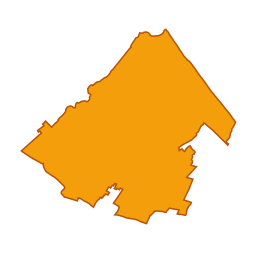 outline of Mihai Eminescu, Botosani, Romania, rotated 87°
{"feature_id": "2599482B56977001468724", "entity_name": "Mihai Eminescu", "entity_type": "district", "adm_level": 2, "iso_a3": "ROU", "parent_name": "Romania", "parent_adm1": "Botosani", "projection": "mercator", "projection_center": [26.565, 47.773], "detail": "fine", "context": "isolated", "style": "filled", "palette": "amber", "viewbox_px": 256, "rotation_deg": 87, "n_neighbors": 0, "source": "geoboundaries", "source_scale": "gbopen_adm2", "svg_char_len": 5661}
<svg xmlns="http://www.w3.org/2000/svg" viewBox="0 0 256 256"><g transform="rotate(87 128 128)"><path d="M195.8,179.8L196.0,179.1L197.8,176.7L200.2,172.6L200.4,172.4L201.2,171.0L201.6,170.6L203.4,168.9L205.3,166.7L202.4,164.9L201.7,164.7L200.8,164.0L199.0,162.4L198.2,161.6L197.5,160.5L197.3,160.3L196.1,159.7L195.9,159.2L196.7,158.3L196.0,157.9L196.4,157.0L194.0,155.7L194.3,154.8L192.6,153.9L193.9,151.5L191.4,149.9L189.6,152.8L185.9,150.4L187.0,148.5L185.1,147.2L184.5,146.5L185.0,145.7L182.7,144.1L183.3,142.6L184.7,143.4L184.9,143.1L187.7,144.9L188.2,144.2L188.8,142.8L187.6,142.0L189.2,139.7L187.7,138.7L189.0,136.4L198.9,143.7L201.1,145.6L202.4,146.5L202.8,146.0L203.2,145.1L204.2,143.7L206.0,141.1L206.5,141.1L207.2,141.2L209.0,141.8L209.6,142.2L211.5,143.2L211.7,143.4L211.7,143.5L211.8,143.5L211.9,143.8L212.1,144.1L213.0,144.7L214.0,145.7L214.4,142.7L216.4,136.9L216.7,136.4L217.5,134.7L217.6,134.4L218.9,129.0L218.8,128.9L219.6,125.8L220.3,123.8L222.6,119.2L222.9,118.6L223.0,118.2L224.5,114.6L224.4,114.4L223.7,114.2L223.1,114.0L222.6,113.6L221.8,113.3L221.0,112.9L220.6,112.5L218.8,111.7L218.0,111.2L217.5,111.0L216.9,110.5L216.5,110.6L216.4,110.5L216.6,110.0L214.3,107.5L213.6,106.8L213.3,106.4L213.2,106.2L212.6,106.2L212.6,105.9L212.7,105.6L212.7,105.4L212.4,104.4L212.3,104.2L212.3,103.7L212.9,100.4L212.9,99.9L213.1,98.4L214.3,94.5L213.0,93.8L212.1,92.6L210.2,91.0L212.5,81.3L216.4,83.4L217.1,81.4L216.8,80.6L217.3,78.9L218.2,75.1L216.3,74.1L214.5,73.8L212.2,73.2L211.1,72.5L210.7,72.1L210.1,72.0L209.6,71.6L208.6,70.6L208.1,70.0L207.3,69.3L207.0,69.1L206.3,69.0L205.6,68.7L205.0,70.5L204.3,72.0L204.2,72.4L203.8,73.3L202.8,76.1L197.8,73.4L192.6,70.4L182.5,65.9L180.4,72.0L170.2,61.7L169.2,65.1L168.5,66.9L167.6,66.8L166.8,65.9L165.3,65.4L164.5,65.3L163.0,66.3L160.4,65.0L159.8,65.0L159.1,65.3L158.9,65.3L158.5,65.1L157.9,64.5L157.7,64.1L157.6,63.4L157.4,63.2L157.2,63.0L156.8,63.0L156.3,62.6L155.7,62.3L155.3,62.5L155.0,62.5L154.1,63.2L153.8,63.5L153.2,64.4L152.8,64.8L152.0,65.2L151.5,65.7L150.4,66.1L149.6,66.6L148.9,67.0L150.1,69.1L151.8,71.0L152.9,71.8L154.0,72.3L154.4,72.6L154.4,73.0L152.3,74.8L151.6,75.1L153.2,78.0L150.1,78.2L147.5,74.1L143.4,65.3L140.0,61.3L139.6,60.6L139.3,60.3L139.2,60.3L139.2,60.1L138.3,59.8L138.1,59.8L137.5,60.1L136.9,60.0L136.7,59.8L136.3,59.0L135.5,57.9L134.3,57.3L133.9,57.2L133.5,56.8L132.7,56.6L132.0,56.1L130.3,55.2L129.8,54.8L129.4,54.3L129.0,53.7L128.9,53.2L128.6,52.7L127.5,52.5L126.9,51.9L128.6,49.9L129.1,49.5L135.6,42.5L136.1,42.2L137.1,41.3L139.0,39.5L143.1,35.9L146.2,33.0L147.8,31.5L148.5,31.0L149.2,30.3L150.4,29.4L149.2,28.5L148.4,29.5L148.1,29.8L147.4,30.7L147.1,30.8L146.2,30.1L145.8,29.9L145.5,29.6L144.9,28.9L142.5,26.9L141.2,26.5L140.3,26.4L139.4,26.1L138.3,25.9L138.0,25.7L137.1,25.0L136.0,24.4L135.3,24.6L134.8,24.5L133.9,24.0L132.9,23.2L131.1,22.0L127.8,20.3L127.6,20.3L127.0,20.8L125.2,21.8L124.3,22.6L119.4,25.6L118.0,26.6L115.0,28.9L107.3,34.3L105.5,35.8L104.4,36.5L103.5,37.3L102.3,38.0L100.5,39.5L98.8,40.6L96.5,42.4L94.9,43.5L86.5,48.7L82.7,51.2L82.2,51.5L81.3,52.3L79.3,53.6L78.8,54.1L78.4,54.3L77.8,54.4L77.5,54.8L76.2,55.6L75.4,56.2L74.0,56.9L66.5,61.8L65.2,62.8L63.9,64.2L63.3,64.8L63.3,65.1L63.1,65.3L62.0,66.0L59.1,68.4L54.6,71.0L52.5,72.3L48.8,74.3L44.7,76.9L43.7,77.7L42.0,78.5L40.7,79.4L38.6,80.6L37.3,81.5L37.1,81.5L36.7,81.7L36.0,82.2L35.1,82.5L34.4,82.8L33.6,83.4L33.0,84.2L31.5,85.1L31.7,85.8L32.1,86.4L33.1,87.0L33.8,87.3L34.6,87.8L35.3,88.4L35.7,88.9L35.9,89.2L37.3,92.2L37.5,93.8L37.5,96.0L37.5,98.9L37.3,99.7L36.8,100.7L36.4,100.9L35.7,101.1L34.8,102.1L34.3,102.4L33.8,103.0L33.1,104.6L33.1,105.5L33.3,107.4L33.9,107.9L34.0,108.4L34.0,109.3L33.8,110.0L33.6,111.3L36.0,112.4L36.7,112.6L37.2,112.9L37.8,113.5L37.9,113.8L38.5,115.4L38.6,115.7L38.9,115.9L39.9,116.3L42.5,118.4L45.2,120.3L45.7,120.6L46.8,120.9L47.1,121.1L47.5,120.8L49.1,122.6L57.6,130.1L58.1,130.5L67.6,139.1L69.1,140.4L69.6,141.3L69.9,141.6L71.4,142.5L72.3,143.1L75.8,146.3L76.4,148.4L77.0,149.5L78.5,151.5L78.7,152.2L79.6,153.0L80.0,153.5L80.1,153.9L80.3,154.8L80.3,155.6L80.5,156.4L80.7,157.2L80.9,157.6L81.4,157.9L81.8,158.8L82.6,159.3L82.9,159.8L83.4,160.2L83.7,160.4L83.8,160.8L83.7,161.0L83.5,161.3L83.1,161.5L83.0,162.3L83.2,162.8L83.5,163.2L84.7,164.6L85.8,165.6L86.5,166.0L86.9,166.1L88.4,166.0L89.7,166.0L91.0,165.8L91.4,165.5L92.5,163.6L92.8,163.4L93.4,163.6L94.4,164.3L95.3,164.9L95.8,164.9L96.3,164.6L96.7,164.6L97.0,164.7L98.1,165.4L98.6,166.1L99.1,166.5L99.4,166.9L99.5,167.6L99.5,167.8L99.3,168.1L98.8,169.1L98.6,170.4L98.7,170.6L98.8,171.2L99.0,173.1L99.3,173.7L99.9,174.5L100.4,175.9L100.4,176.2L100.3,176.5L99.9,177.2L100.0,177.6L100.4,178.2L101.5,178.9L103.1,179.4L104.4,179.5L104.9,179.7L105.0,179.9L104.9,180.1L105.0,180.7L104.9,181.2L103.4,182.9L103.0,184.0L103.1,185.0L103.6,186.7L104.2,187.6L104.6,188.0L104.9,188.3L106.9,189.3L108.6,189.6L108.9,189.8L112.1,193.0L114.2,195.6L115.9,197.3L116.5,197.1L117.3,197.7L118.0,198.5L118.5,199.0L119.8,200.8L122.4,203.5L123.2,204.2L116.8,210.0L117.5,210.8L118.8,212.0L119.6,213.0L120.5,212.4L121.3,211.8L122.5,213.5L125.7,218.4L127.5,217.6L126.5,216.1L128.2,215.0L128.7,214.7L128.9,215.2L129.8,216.2L130.2,216.9L145.3,235.7L145.9,235.1L152.8,225.8L152.8,225.5L153.1,225.0L153.6,224.8L153.8,224.0L154.5,223.2L154.7,222.7L155.0,222.2L155.3,221.6L155.8,221.2L156.1,220.3L156.5,219.8L157.8,217.7L158.4,217.0L159.2,215.4L159.6,214.9L159.7,214.6L159.5,214.4L161.3,214.5L163.4,214.0L167.4,212.0L169.4,209.3L171.6,206.5L173.0,204.2L176.7,200.4L183.2,194.5L185.0,194.5L187.7,197.5L188.9,198.1L190.2,197.9L193.7,195.0L193.7,194.6L198.1,182.4L196.7,181.8L195.3,181.4L195.8,179.8Z" fill="#f59e0b" stroke="#b45309" stroke-width="1.5"/></g></svg>